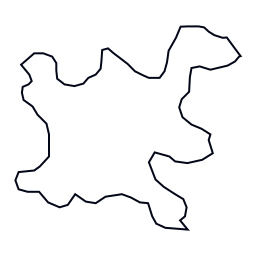 Goryeong-gun, North Gyeongsang, South Korea
{"feature_id": "91817680B88985387415210", "entity_name": "Goryeong-gun", "entity_type": "district", "adm_level": 2, "iso_a3": "KOR", "parent_name": "South Korea", "parent_adm1": "North Gyeongsang", "projection": "mercator", "projection_center": [128.316, 35.727], "detail": "fine", "context": "isolated", "style": "outline", "palette": "ink", "viewbox_px": 256, "rotation_deg": 0, "n_neighbors": 0, "source": "geoboundaries", "source_scale": "gbopen_adm2", "svg_char_len": 1280}
<svg xmlns="http://www.w3.org/2000/svg" viewBox="0 0 256 256"><path d="M240.6,56.1L236.6,50.8L226.8,37.5L222.6,37.8L214.2,35.1L208.8,31.7L204.1,27.4L198.7,26.4L187.3,26.4L180.6,26.7L176.0,37.7L168.6,50.8L167.0,62.3L164.5,71.3L159.6,77.9L148.9,77.9L143.2,75.4L135.0,71.3L127.6,63.9L120.2,58.2L113.7,53.3L108.0,48.4L102.2,50.0L101.4,61.5L100.6,68.8L95.7,74.6L88.3,77.9L83.4,83.6L74.4,86.1L64.5,84.4L57.2,78.7L56.3,70.5L56.3,63.1L52.2,56.6L43.2,53.3L34.2,53.3L27.7,59.0L21.1,64.7L25.2,69.7L29.3,74.6L31.7,81.1L28.5,84.4L22.7,86.9L22.5,88.6L21.9,92.6L23.6,100.0L32.6,106.5L37.5,114.7L46.5,123.7L49.0,134.4L49.0,147.5L49.0,156.5L39.9,166.4L34.2,170.5L18.6,172.1L15.4,180.3L18.6,189.3L27.7,191.8L39.1,191.8L48.1,202.4L59.6,207.3L67.8,204.9L75.2,194.2L85.8,201.6L95.7,203.2L105.5,196.7L121.9,194.2L130.9,197.5L139.9,202.4L148.1,203.2L152.2,216.3L156.3,223.7L165.3,227.8L187.7,229.6L180.1,220.4L185.0,216.3L186.6,207.3L183.3,199.1L175.1,194.2L163.7,186.8L155.5,179.5L148.9,162.3L154.7,152.4L169.4,156.5L175.1,161.4L187.4,163.1L202.2,159.8L212.8,153.2L208.7,140.1L210.4,134.4L201.4,128.7L191.5,124.6L182.5,117.2L179.2,107.4L181.7,99.2L189.1,91.8L189.9,77.0L191.5,68.0L199.7,66.4L210.4,69.7L227.6,65.6L235.0,61.5L239.1,56.6L240.6,56.1Z" fill="none" stroke="#020617" stroke-width="2"/></svg>